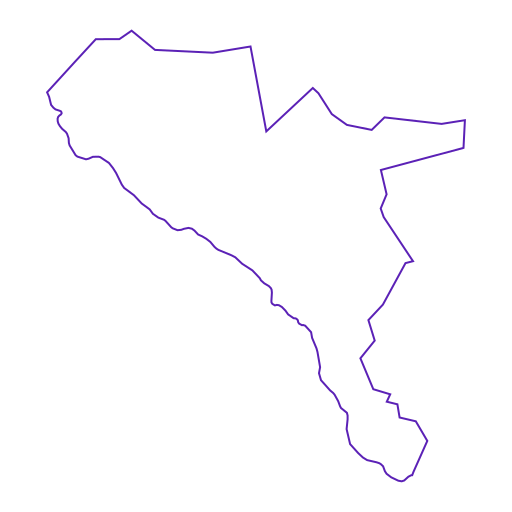 the district of McCormick, South Carolina, United States of America
{"feature_id": "52423323B96528325771668", "entity_name": "McCormick", "entity_type": "district", "adm_level": 2, "iso_a3": "USA", "parent_name": "United States of America", "parent_adm1": "South Carolina", "projection": "albers", "projection_center": [-82.328, 33.836], "detail": "fine", "context": "isolated", "style": "outline", "palette": "violet", "viewbox_px": 512, "rotation_deg": 0, "n_neighbors": 0, "source": "geoboundaries", "source_scale": "gbopen_adm2", "svg_char_len": 1991}
<svg xmlns="http://www.w3.org/2000/svg" viewBox="0 0 512 512"><path d="M47.1,92.3L49.1,96.8L51.1,104.9L53.4,107.7L55.5,109.4L59.8,110.8L61.0,111.4L61.5,112.4L61.6,113.4L60.9,114.5L59.4,115.5L58.1,117.0L57.6,118.7L57.7,121.2L58.4,123.6L59.9,126.1L62.1,128.8L65.8,132.0L67.0,133.7L68.6,138.2L68.9,143.0L69.7,145.6L69.8,145.7L75.6,155.2L77.4,156.6L86.0,159.3L88.6,158.7L92.9,156.8L98.5,156.7L100.2,157.1L109.0,163.0L113.0,168.1L116.1,173.0L121.8,184.6L124.2,188.0L133.9,195.2L141.7,203.5L149.7,209.4L152.9,213.8L158.3,217.6L164.1,219.8L165.5,220.9L171.2,227.2L172.7,228.3L177.5,230.2L181.3,229.8L184.0,228.8L188.5,227.9L191.9,228.7L194.5,230.6L198.1,234.5L202.1,236.3L206.3,238.8L210.3,241.9L214.5,246.9L216.4,248.6L218.4,249.9L231.5,255.3L235.3,257.3L242.2,263.8L252.4,270.4L259.8,278.2L260.9,280.3L264.2,283.3L268.9,286.1L270.9,288.2L271.6,289.7L271.9,292.6L271.4,301.1L271.5,302.5L272.4,303.9L274.9,305.4L276.8,304.9L278.9,305.2L281.9,307.0L285.5,310.7L288.1,314.4L293.6,318.2L295.7,318.4L296.9,319.2L297.8,320.2L298.2,322.2L299.1,323.6L302.0,325.2L303.1,325.0L305.2,325.7L311.1,332.2L312.1,337.9L316.5,348.4L317.5,352.1L320.1,367.2L319.0,373.2L321.0,380.2L330.1,390.4L333.2,393.0L334.6,394.7L338.2,401.2L340.1,406.3L341.0,408.0L346.9,412.8L347.6,415.5L347.6,415.9L347.6,419.3L346.6,429.1L350.1,444.1L358.1,453.0L362.9,457.5L367.1,460.1L374.9,461.9L376.6,462.3L379.3,463.2L380.9,464.2L383.1,466.3L384.9,471.2L386.6,473.8L389.5,476.0L391.2,477.3L398.3,480.7L401.7,481.3L404.2,480.5L408.4,476.7L411.3,475.2L412.2,475.2L413.5,471.8L427.3,440.9L415.8,421.3L399.6,417.5L397.4,404.3L386.8,401.7L390.2,394.3L373.3,389.2L360.4,358.3L374.7,340.6L368.4,320.1L382.9,304.6L405.5,263.1L413.0,261.2L383.7,217.1L380.7,208.5L386.6,194.3L380.9,170.0L463.5,147.9L464.9,120.2L441.6,123.9L384.5,117.4L371.7,129.9L346.9,124.9L331.8,114.1L318.4,93.2L312.8,88.0L266.3,131.4L250.5,46.5L212.8,52.7L155.0,49.9L131.6,30.7L119.4,39.1L95.8,39.2L74.3,62.5L47.1,92.3Z" fill="none" stroke="#5b21b6" stroke-width="2"/></svg>